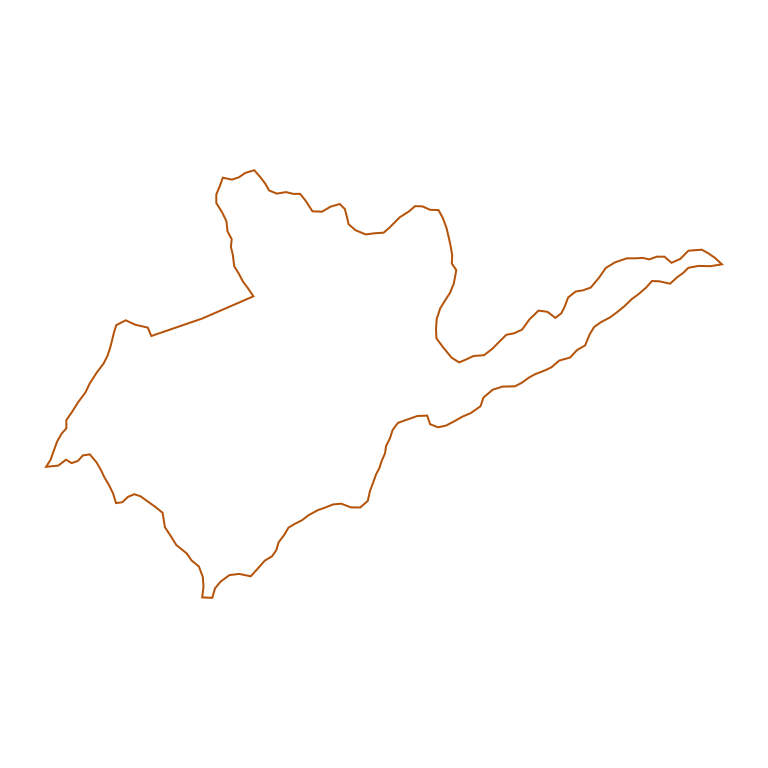 São José do Vale do Rio Preto, Rio de Janeiro, Brazil (orthographic projection)
{"feature_id": "56859067B51855619198666", "entity_name": "São José do Vale do Rio Preto", "entity_type": "district", "adm_level": 2, "iso_a3": "BRA", "parent_name": "Brazil", "parent_adm1": "Rio de Janeiro", "projection": "orthographic", "projection_center": [-42.907, -22.174], "detail": "fine", "context": "isolated", "style": "outline", "palette": "amber", "viewbox_px": 768, "rotation_deg": 0, "n_neighbors": 0, "source": "geoboundaries", "source_scale": "gbopen_adm2", "svg_char_len": 2760}
<svg xmlns="http://www.w3.org/2000/svg" viewBox="0 0 768 768"><path d="M202.2,597.4L212.3,597.8L215.0,588.4L220.7,581.5L229.4,575.1L239.2,573.9L250.7,576.3L258.4,567.9L264.7,560.7L272.0,556.3L276.3,550.2L278.6,542.3L284.2,534.9L288.5,527.6L295.1,523.7L302.0,520.2L308.7,515.1L318.2,510.0L324.5,507.8L333.2,504.4L341.2,503.7L351.1,507.4L360.2,507.5L367.8,500.9L370.0,490.9L373.0,483.0L376.1,474.3L379.3,468.2L381.7,461.0L385.0,453.4L386.1,445.9L389.9,438.4L392.6,430.0L397.9,422.9L407.6,419.4L417.4,416.0L427.2,415.6L430.1,424.2L438.1,427.3L445.9,425.6L453.5,421.7L462.3,416.7L470.7,413.1L480.5,406.3L483.5,397.5L492.7,389.7L502.5,386.6L515.0,386.3L521.7,382.8L529.1,377.5L535.1,374.2L544.9,370.4L551.4,367.3L559.2,360.6L570.1,357.5L577.1,350.0L585.1,345.4L589.6,334.5L594.1,327.0L601.2,322.0L609.9,317.5L616.9,312.3L624.3,306.3L632.0,298.9L638.6,294.1L646.1,287.6L652.0,281.0L659.3,281.3L670.1,283.7L677.2,277.2L683.2,272.9L688.4,267.8L698.5,265.9L710.5,266.2L721.9,264.3L715.0,257.9L708.0,253.1L701.8,249.7L688.4,250.7L680.3,258.9L671.5,262.8L664.5,256.7L656.9,256.7L649.1,259.4L642.8,257.9L635.6,258.3L626.8,258.3L614.9,262.4L605.7,268.0L599.1,277.6L590.7,287.6L582.7,290.4L575.7,291.5L568.2,297.4L564.5,307.0L561.3,313.3L555.4,317.9L547.4,311.8L538.5,310.6L529.5,319.3L522.1,329.6L514.1,333.3L506.3,334.8L499.0,342.0L492.4,348.7L484.0,355.2L473.5,356.0L466.5,359.3L459.1,362.4L451.5,357.6L443.1,347.3L436.4,338.3L436.0,329.2L436.7,319.0L440.2,308.4L445.8,299.3L450.0,292.9L453.8,283.5L456.3,270.1L451.8,263.5L452.2,255.4L450.7,246.4L449.0,238.5L446.5,227.9L442.7,217.7L438.5,210.1L430.1,209.8L422.5,206.4L415.1,206.1L409.1,211.3L399.7,217.3L389.5,227.6L383.6,232.7L375.2,233.2L365.6,234.4L355.5,230.2L348.6,224.2L346.8,216.5L344.8,209.0L339.7,204.0L330.5,206.7L322.0,211.7L312.4,211.3L305.9,201.1L300.2,193.9L293.4,193.9L286.0,192.1L276.9,193.6L269.1,190.5L265.5,184.0L261.0,178.0L254.3,170.2L245.3,172.9L238.9,177.3L232.0,179.6L222.8,177.7L219.8,186.1L216.3,194.4L216.3,203.0L222.2,212.5L226.4,221.1L227.5,231.3L231.7,239.2L230.9,246.9L232.8,254.7L234.2,266.2L239.0,274.0L242.9,281.5L247.8,288.0L253.4,296.3L202.0,318.6L151.3,336.0L147.8,327.6L135.2,324.7L125.7,320.3L116.3,325.1L113.8,333.1L112.1,340.1L110.3,347.3L107.5,355.7L103.6,363.5L97.0,372.2L89.8,383.3L85.3,392.7L78.2,402.1L72.3,411.5L66.3,420.2L66.4,428.3L61.7,433.5L57.2,441.4L53.8,450.6L50.6,459.7L46.1,466.8L58.3,465.6L66.0,459.7L71.6,463.1L77.8,461.0L82.9,455.4L89.8,454.4L96.4,462.2L101.0,470.1L104.4,477.3L109.1,485.3L113.1,493.5L116.0,503.1L122.4,502.2L127.9,496.9L134.3,494.2L140.5,496.3L149.3,502.6L155.1,506.7L162.6,512.8L164.9,527.2L170.9,536.3L176.3,545.0L186.8,553.5L191.5,560.4L198.9,566.5L202.8,576.9L203.5,586.8L202.2,597.4Z" fill="none" stroke="#b45309" stroke-width="2"/></svg>